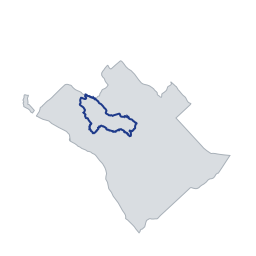 Malanje on a map of Angola (Equal Earth projection), rotated 317°
{"feature_id": "AGO-1876", "entity_name": "Malanje", "entity_type": "Province", "adm_level": 1, "iso_a3": "AGO", "parent_name": "Angola", "parent_adm1": "", "projection": "equal_earth", "projection_center": [17.064, -9.524], "detail": "fine", "context": "in_parent", "style": "outline", "palette": "blue", "viewbox_px": 256, "rotation_deg": 317, "n_neighbors": 0, "source": "natural_earth", "source_scale": "10m", "svg_char_len": 8639}
<svg xmlns="http://www.w3.org/2000/svg" viewBox="0 0 256 256"><g transform="rotate(317 128 128)"><path d="M190.8,123.7L191.0,125.5L191.2,128.0L191.3,129.9L191.5,130.7L191.5,131.1L191.3,131.6L191.2,132.7L190.9,133.7L190.7,134.3L190.8,135.6L190.6,139.2L190.5,141.1L190.9,144.3L190.8,145.3L189.9,148.3L189.7,149.8L189.6,150.5L190.5,152.7L190.5,153.2L189.8,153.3L189.2,153.4L169.9,153.4L169.7,191.1L169.6,194.3L170.2,198.6L171.3,203.2L171.7,203.6L172.9,204.5L174.4,206.2L175.3,207.5L177.1,209.8L179.5,212.7L183.8,217.6L169.2,221.2L163.6,222.5L163.1,222.5L162.3,222.0L160.5,221.9L158.4,222.6L156.7,222.8L155.5,222.5L154.3,221.9L153.1,221.0L151.1,220.6L148.2,220.9L145.4,220.7L142.8,220.1L140.8,219.9L139.7,220.0L138.4,219.8L137.1,219.3L136.0,218.4L134.7,216.6L133.7,214.8L133.4,214.6L133.1,214.3L132.7,214.2L127.0,214.2L92.0,214.1L87.9,214.4L87.6,214.3L87.1,214.1L86.7,213.7L85.6,212.7L84.6,212.0L83.2,210.7L82.3,209.3L81.6,208.9L80.3,208.6L79.3,208.4L78.5,208.3L77.1,209.0L76.0,209.6L75.2,210.2L73.9,211.0L72.8,211.7L70.9,211.6L70.5,211.7L69.4,211.6L68.4,211.0L67.3,211.1L66.2,211.9L64.6,212.2L64.9,207.0L65.3,204.7L65.3,201.9L65.0,194.8L64.7,193.8L64.5,192.6L65.5,191.7L66.0,191.1L66.7,189.9L67.2,188.2L67.7,184.6L69.8,176.1L70.7,167.8L72.0,163.8L72.5,159.4L76.0,153.7L76.9,150.2L78.7,148.5L81.3,146.7L83.2,143.4L84.1,141.1L85.1,136.8L85.1,132.3L85.7,126.2L85.6,124.5L84.6,122.1L84.4,120.3L83.5,118.6L82.5,117.4L82.0,115.1L80.3,111.5L79.8,109.0L79.0,107.3L78.9,105.2L78.4,102.9L77.6,100.7L76.8,98.1L76.8,97.3L77.3,96.4L77.8,96.1L77.6,96.5L77.3,97.1L77.4,97.6L80.5,93.1L80.7,92.2L80.6,91.2L80.6,90.0L80.7,88.6L77.7,80.4L75.3,72.7L74.9,68.8L71.7,63.6L70.4,60.3L69.7,58.0L69.2,57.1L69.4,56.6L70.2,56.5L72.0,56.0L74.5,55.4L76.8,54.0L77.4,53.4L78.6,53.3L79.8,53.7L80.3,53.4L80.5,53.4L83.4,53.4L84.6,53.3L86.9,53.3L88.3,53.4L89.1,53.6L91.3,53.8L94.0,53.8L94.9,53.7L98.5,53.6L105.1,53.4L108.6,53.4L111.3,53.4L112.5,53.9L113.6,54.9L114.1,55.7L114.3,56.1L114.7,56.9L115.3,57.6L115.5,58.7L115.3,60.2L115.4,62.0L115.7,64.0L116.5,66.2L117.6,68.5L118.1,70.3L117.9,71.6L118.3,73.0L119.1,74.5L119.7,75.3L120.0,75.9L121.0,78.2L124.0,84.5L124.5,84.8L125.1,84.7L126.5,84.4L127.9,84.4L128.9,85.0L129.3,84.9L130.8,83.8L132.3,83.4L133.9,83.0L134.7,82.5L135.7,82.5L138.2,83.4L138.7,83.5L140.8,83.5L142.8,83.0L143.1,79.3L143.2,78.6L143.7,77.2L144.3,76.0L144.4,74.9L144.3,73.3L144.8,71.4L146.2,69.9L148.4,69.2L149.7,69.1L151.7,68.6L154.8,68.2L155.9,68.3L156.0,68.5L155.3,71.1L155.3,72.0L155.5,72.8L156.1,73.3L162.1,73.4L168.0,73.7L168.3,73.8L168.6,74.0L168.9,75.3L168.8,77.8L168.3,81.6L168.5,85.0L169.4,88.2L169.5,93.2L168.7,99.8L168.5,104.0L168.9,105.8L169.9,107.6L171.3,109.6L172.5,112.0L173.2,115.1L173.5,117.0L173.3,117.8L173.3,119.2L173.5,121.1L173.3,122.4L172.5,123.1L172.2,123.9L172.6,125.6L172.7,127.2L173.2,128.2L173.6,128.2L174.4,127.7L175.4,126.7L176.1,126.2L177.2,126.3L178.8,126.6L181.5,126.7L182.3,126.5L184.9,125.1L185.5,125.0L186.5,125.2L187.9,125.6L189.4,125.6L190.1,125.2L190.1,124.7L190.4,123.9L190.8,123.7ZM77.4,36.1L77.2,36.4L76.1,37.0L74.8,37.6L73.2,39.9L72.4,41.0L72.2,41.2L71.4,41.8L70.9,42.3L70.9,42.5L71.3,42.9L71.6,43.4L71.6,47.2L71.5,51.1L71.3,51.4L70.2,51.5L68.9,51.8L68.4,51.9L68.3,51.6L67.8,50.2L68.1,48.8L68.3,47.9L68.0,45.8L67.3,44.0L66.6,41.8L66.4,41.3L67.0,40.6L67.9,39.0L68.3,38.1L69.4,38.0L69.8,37.4L70.1,36.4L70.2,35.9L71.4,35.5L72.9,34.7L73.7,33.8L74.5,33.2L75.0,33.2L75.4,33.5L76.3,35.0L77.1,35.9L77.4,36.1Z" fill="#d9dde1" stroke="#a8b0b8" stroke-width="1"/><path d="M119.5,74.7L119.5,75.0L119.7,75.4L119.7,75.2L119.8,75.2L120.0,75.3L120.3,75.4L120.3,75.5L120.0,75.7L120.0,75.9L120.0,76.0L120.2,76.3L120.4,76.7L120.5,77.3L120.7,77.6L121.2,78.0L121.4,78.2L121.4,78.4L121.4,78.7L121.4,79.0L121.6,79.1L121.6,79.3L121.8,79.4L121.8,79.5L121.7,79.8L121.7,80.0L121.9,80.2L122.0,80.4L122.2,80.5L122.3,80.5L122.4,80.8L122.4,81.0L122.6,81.0L122.8,81.2L122.8,81.4L122.8,81.6L123.0,81.6L123.1,81.8L123.0,82.1L123.0,82.3L123.3,82.6L123.3,82.9L123.5,82.7L123.5,83.1L123.6,83.3L123.9,83.6L124.0,83.7L124.1,83.9L123.9,84.3L124.0,84.5L124.0,85.0L123.9,85.1L123.9,85.3L124.0,85.5L124.2,87.5L124.2,87.8L124.3,88.2L124.4,88.3L124.3,88.6L124.1,89.0L124.0,89.3L123.9,89.7L123.9,90.1L124.0,90.6L124.5,91.8L124.6,92.6L124.6,95.1L124.4,96.5L124.3,96.8L124.4,97.2L124.5,98.5L124.5,99.0L124.3,99.8L124.2,100.4L124.0,100.7L123.8,100.8L122.6,101.4L122.3,101.5L122.1,101.8L121.9,102.1L121.9,102.4L122.0,102.8L122.3,103.8L122.6,104.5L122.7,105.0L122.7,105.6L122.9,105.8L123.2,106.1L123.4,106.4L123.5,106.6L123.6,106.8L124.4,107.1L124.6,107.3L124.8,107.9L124.9,108.2L125.0,108.4L125.1,108.7L125.5,108.7L125.9,108.8L131.3,111.5L131.5,111.8L131.5,112.1L131.4,112.5L131.2,113.0L131.0,113.3L130.9,113.5L130.7,114.1L130.7,114.4L130.7,114.8L130.9,115.1L131.1,115.5L131.7,116.1L132.7,117.1L132.9,117.2L133.2,117.3L133.7,117.1L134.0,117.4L133.8,117.7L134.0,117.7L134.2,117.8L134.3,117.8L134.4,118.0L134.5,118.3L134.6,118.7L134.8,118.9L134.8,119.1L135.0,119.1L135.3,119.4L135.5,119.2L135.5,119.4L135.5,119.5L135.6,119.8L135.8,120.0L135.7,120.1L135.6,120.3L135.5,120.5L135.6,120.8L135.4,120.9L135.2,120.8L135.1,121.0L135.3,122.0L135.3,122.3L135.5,122.7L135.6,123.0L135.8,123.3L136.3,124.0L136.5,124.2L136.6,124.5L136.7,124.9L136.7,125.3L136.6,126.0L136.6,126.3L136.7,126.7L136.9,127.4L137.0,127.8L136.9,128.2L136.9,128.4L136.9,128.7L137.1,129.0L137.3,129.3L137.4,129.5L137.5,130.3L137.4,130.5L137.2,130.6L136.8,130.5L136.5,130.5L136.0,130.7L134.9,131.2L134.4,131.6L134.1,131.8L133.4,132.7L133.2,132.9L133.0,133.0L132.8,133.0L132.2,133.0L131.7,132.8L130.5,133.2L130.3,133.2L129.8,133.0L129.6,133.1L129.4,133.2L129.2,133.2L129.0,132.8L128.9,132.7L128.7,132.7L128.4,132.8L128.0,132.8L127.9,132.7L127.8,132.4L127.8,131.9L127.7,131.5L127.6,131.1L127.3,130.9L127.0,130.5L127.2,131.5L127.2,132.4L127.1,132.9L126.9,133.2L125.9,134.6L125.7,134.8L125.2,135.3L124.5,135.6L123.6,135.0L123.7,134.7L123.7,134.3L123.7,134.1L123.4,133.3L123.4,133.0L123.5,132.7L123.9,132.5L123.9,132.4L123.9,132.1L123.5,132.3L123.5,132.1L123.5,131.8L123.5,131.6L123.8,131.5L123.8,131.4L123.8,131.1L123.8,130.7L123.2,129.5L123.2,129.0L123.1,128.8L123.1,128.7L122.8,128.7L122.6,128.6L122.5,128.4L122.6,128.1L122.9,127.9L122.9,128.0L123.1,127.8L123.1,127.6L123.1,127.2L123.1,126.9L122.9,126.4L122.7,126.0L122.5,125.6L122.4,125.4L122.3,125.2L122.3,124.7L122.3,124.4L122.1,124.2L121.6,123.8L121.4,123.5L120.8,123.6L120.4,123.3L120.2,123.4L120.1,122.9L119.8,122.9L119.6,122.8L119.5,123.0L119.4,123.1L119.1,122.9L118.8,122.6L117.7,122.2L117.3,122.0L116.9,122.2L116.7,122.1L116.4,122.3L116.2,122.2L115.9,121.9L115.6,121.3L115.5,121.2L115.4,121.2L115.1,121.1L114.9,121.0L114.7,120.5L114.5,120.4L114.4,120.3L114.4,120.1L114.7,119.7L114.2,119.3L114.1,119.0L113.9,118.7L113.2,117.5L112.9,117.4L112.6,117.1L112.6,116.9L112.7,116.4L112.2,115.5L112.0,115.4L111.7,115.3L111.6,115.2L111.5,114.7L111.5,114.1L111.5,113.8L111.7,113.7L111.8,113.6L112.0,113.4L111.6,111.3L111.4,111.2L111.2,110.1L111.1,109.9L110.8,109.8L110.5,109.3L110.4,109.1L110.4,108.8L110.3,108.5L110.1,108.1L109.9,108.0L109.7,107.9L109.3,107.8L109.1,107.8L108.9,107.7L108.7,107.7L108.6,107.8L108.4,107.6L108.2,107.5L107.9,107.7L107.7,107.4L107.4,107.7L107.2,107.8L106.4,107.7L106.2,107.5L106.0,107.8L105.8,108.2L105.7,108.4L104.5,108.5L104.3,108.5L104.1,108.4L103.7,108.6L103.3,108.5L103.1,108.5L102.9,108.7L102.6,108.6L101.8,108.7L101.4,108.9L100.9,108.8L100.7,108.8L100.4,108.7L100.2,108.6L99.7,108.6L99.5,108.2L99.1,108.1L99.0,107.9L98.8,107.8L98.8,107.6L99.0,107.2L99.2,106.9L99.2,106.6L99.2,106.1L99.1,105.7L98.9,105.1L98.9,104.8L99.4,103.9L99.3,103.3L98.8,102.7L98.9,102.4L99.0,102.4L99.6,102.4L100.0,102.2L100.2,101.7L100.3,101.1L100.6,100.7L100.8,100.7L101.3,100.6L101.5,100.6L101.8,100.1L102.2,100.1L102.6,99.7L102.8,99.8L103.0,99.9L103.1,100.0L103.5,100.0L103.9,99.9L104.1,99.7L104.3,99.6L104.3,98.7L104.3,97.8L104.3,97.6L104.4,97.1L104.5,95.8L104.8,94.5L105.1,93.9L105.1,93.6L105.1,93.3L104.9,93.0L104.5,92.7L104.3,92.5L104.1,92.2L104.0,91.9L104.2,91.4L104.6,90.6L104.6,90.4L104.6,90.2L104.9,89.8L105.9,89.3L106.1,89.1L106.1,88.8L106.1,88.6L106.0,87.8L105.9,87.1L105.9,86.4L106.6,86.5L106.9,86.5L107.2,86.4L107.5,86.1L108.3,85.8L108.5,85.7L109.0,85.1L109.1,83.8L109.4,83.0L109.4,82.7L109.4,82.4L109.3,81.7L108.7,79.0L108.6,78.7L108.7,78.3L108.8,78.0L109.1,77.7L109.5,77.6L110.0,77.5L110.3,77.4L110.9,76.8L111.6,75.5L112.3,74.8L113.9,74.0L114.2,73.9L114.3,74.0L114.5,74.1L114.7,74.3L114.9,74.6L115.1,75.3L116.1,77.2L116.4,77.4L116.6,77.6L116.8,77.8L117.1,77.8L117.3,77.8L117.5,77.8L117.8,77.6L118.0,77.3L118.1,76.9L118.2,76.6L118.2,75.8L118.3,75.5L118.5,75.3L118.9,75.0L119.5,74.7Z" fill="none" stroke="#1e3a8a" stroke-width="2"/></g></svg>